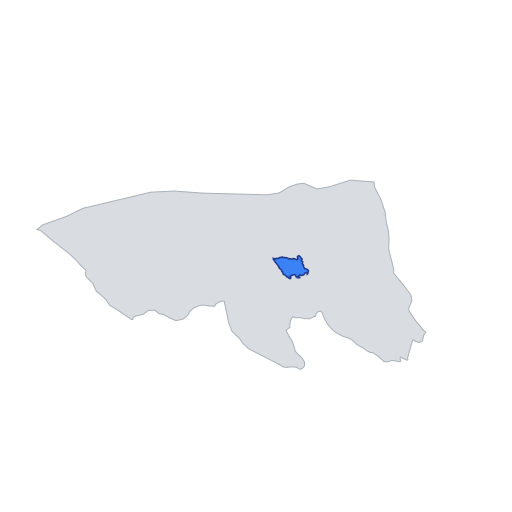 location of Yeallequelleh, Bong, Liberia, rotated 131°
{"feature_id": "62588387B10021882083615", "entity_name": "Yeallequelleh", "entity_type": "district", "adm_level": 2, "iso_a3": "LBR", "parent_name": "Liberia", "parent_adm1": "Bong", "projection": "equal_earth", "projection_center": [-9.69, 6.817], "detail": "fine", "context": "in_parent", "style": "filled", "palette": "blue", "viewbox_px": 512, "rotation_deg": 131, "n_neighbors": 0, "source": "geoboundaries", "source_scale": "gbopen_adm2", "svg_char_len": 4796}
<svg xmlns="http://www.w3.org/2000/svg" viewBox="0 0 512 512"><g transform="rotate(131 256 256)"><path d="M122.8,215.5L126.3,211.6L131.3,199.1L138.4,187.0L145.0,179.9L150.2,172.5L155.7,166.9L163.7,160.4L175.8,143.1L178.6,141.1L180.6,129.1L183.6,113.9L187.1,109.2L195.3,106.4L197.3,103.7L200.2,93.0L202.1,80.5L202.2,77.8L205.5,77.5L211.0,74.8L214.2,76.0L215.7,79.6L216.4,82.7L233.2,74.9L234.6,73.3L235.5,73.5L237.6,80.6L238.9,80.1L239.9,78.1L241.0,77.9L242.3,78.9L243.6,82.1L245.8,85.1L249.4,87.1L251.7,90.0L251.5,97.5L252.3,104.7L253.9,106.4L254.8,110.8L255.2,115.6L256.1,118.1L256.7,122.9L256.4,128.1L257.0,131.7L259.7,138.0L261.4,145.9L261.4,151.5L260.4,157.4L258.6,162.8L255.5,168.7L255.2,171.0L257.1,172.6L259.9,172.9L262.3,171.7L268.2,174.4L271.4,178.2L274.1,183.0L276.6,185.5L277.7,188.5L281.9,187.6L286.8,184.7L287.8,183.4L289.3,184.1L292.4,184.4L294.6,179.2L296.4,173.1L300.2,166.6L302.1,164.1L302.6,159.9L302.8,154.5L304.2,149.8L307.3,147.3L310.7,147.3L312.5,148.3L313.5,152.8L316.2,156.2L318.5,158.6L319.8,159.6L321.7,162.3L323.6,171.4L330.9,200.9L330.5,209.0L329.1,214.3L329.0,219.5L328.6,224.6L324.1,233.1L311.0,250.3L312.0,251.8L315.2,253.7L318.4,254.8L321.0,254.2L324.3,258.5L327.8,263.9L331.6,266.8L337.0,269.2L341.7,269.5L345.7,268.6L351.4,269.6L357.4,274.1L359.6,281.5L361.0,288.0L363.1,291.2L363.4,296.8L367.7,301.7L373.8,302.7L381.7,308.4L383.8,308.1L384.6,307.4L385.6,308.5L387.6,325.1L389.2,333.9L388.4,337.4L387.3,340.2L387.3,353.6L383.7,361.3L383.1,369.8L382.1,372.5L378.3,375.0L378.2,381.4L377.2,389.3L376.8,397.6L377.9,419.4L378.1,435.7L379.9,438.7L372.4,437.4L350.4,425.0L333.5,417.9L276.8,377.2L261.1,360.9L242.9,336.7L202.6,287.8L193.4,280.0L181.8,276.2L174.6,272.0L169.6,267.5L165.5,254.0L155.4,245.9L136.8,234.5L122.8,215.5Z" fill="#d9dde1" stroke="#a8b0b8" stroke-width="1"/><path d="M246.5,241.3L246.6,241.2L247.2,240.7L247.2,240.0L247.6,239.4L247.6,239.5L247.6,238.7L247.8,238.1L247.9,237.7L248.2,236.2L248.3,235.5L248.4,235.0L248.5,233.8L248.6,233.6L249.0,232.4L249.1,231.3L249.7,231.1L249.9,230.2L249.9,229.1L249.8,228.5L250.0,228.1L249.8,227.4L249.9,227.2L250.3,226.7L250.7,226.4L250.8,226.3L250.8,225.5L250.8,225.4L251.3,224.3L251.3,224.2L251.9,223.4L252.0,223.3L251.4,222.3L251.4,221.5L251.2,220.8L251.3,220.5L251.4,219.9L251.6,218.9L251.2,218.6L250.9,218.3L251.2,216.6L251.1,216.4L250.9,216.0L250.8,215.4L250.7,215.4L250.4,215.4L249.6,215.3L249.4,215.6L249.3,216.1L249.2,216.7L248.9,217.0L248.5,217.0L247.9,216.6L247.6,216.3L247.4,216.2L247.2,216.2L246.8,216.2L246.5,215.7L245.7,215.4L245.3,215.2L245.1,215.0L244.9,214.7L244.6,214.4L244.7,214.1L244.6,213.7L244.6,213.4L244.8,212.9L245.1,212.6L245.3,212.3L245.4,212.2L244.9,211.5L245.2,211.2L245.3,210.8L245.2,210.8L244.9,210.8L244.7,209.9L244.5,209.5L244.1,209.0L243.8,208.8L243.5,208.9L243.6,210.0L243.4,210.5L242.9,210.7L242.6,210.7L242.2,210.7L241.8,210.7L241.5,210.5L241.4,209.9L241.4,209.7L241.3,209.2L240.6,208.7L239.8,208.2L239.4,207.9L238.9,207.5L237.2,207.9L236.8,207.7L236.4,207.6L236.2,207.5L235.8,207.3L235.8,207.2L235.7,207.1L235.4,206.5L235.7,205.6L236.0,205.4L235.6,205.3L234.8,205.6L234.1,206.0L233.1,206.5L232.5,207.0L232.5,207.7L232.5,207.8L232.7,209.5L232.8,209.6L232.9,209.8L233.0,210.0L233.5,210.7L233.5,211.3L233.3,211.9L233.1,212.2L233.0,212.4L232.9,212.7L232.6,213.4L232.0,213.9L231.7,214.2L231.7,214.3L231.6,214.7L231.7,215.2L231.5,215.7L231.5,215.8L231.3,216.3L231.1,216.3L230.5,216.4L229.8,216.8L229.8,217.0L229.6,217.5L229.7,217.9L229.8,218.4L229.6,218.9L229.1,219.2L228.3,219.1L228.1,219.1L227.9,220.8L227.7,221.5L227.6,222.1L227.5,222.7L227.5,223.2L227.5,223.6L227.7,223.8L227.8,224.0L228.1,224.2L228.6,224.1L228.9,224.2L229.0,224.2L229.5,224.2L229.6,223.9L230.0,223.4L230.2,223.1L230.7,222.7L231.0,222.5L231.8,222.5L232.0,222.7L232.2,223.2L232.1,223.8L232.9,224.6L232.9,225.3L233.0,225.6L233.3,226.0L233.6,226.4L233.8,226.4L234.2,226.5L234.7,226.6L235.0,227.2L235.2,227.5L235.3,227.8L235.5,228.4L235.7,228.7L236.1,228.8L236.4,229.0L236.6,229.1L236.7,229.5L236.7,230.3L236.7,230.6L237.0,231.1L237.2,231.5L237.3,231.8L237.4,232.2L237.6,232.2L237.7,232.4L237.9,232.5L238.2,232.9L238.5,233.3L238.6,233.6L238.7,233.9L239.1,234.4L239.4,234.8L239.4,235.0L239.4,235.3L239.4,235.5L239.6,235.6L239.9,235.6L240.1,235.7L240.3,235.6L240.4,235.9L240.4,236.0L240.5,236.2L240.6,236.3L240.7,236.2L240.8,236.3L240.9,236.5L241.0,236.6L241.3,236.8L241.5,237.0L241.7,236.9L241.8,236.9L241.9,237.0L242.0,237.2L242.3,237.2L242.5,237.1L242.6,237.3L242.9,237.5L243.0,237.7L243.2,237.8L243.6,238.1L243.8,238.1L243.9,238.4L244.1,238.6L244.4,238.8L244.3,239.0L244.6,239.2L244.8,239.3L244.9,239.2L245.0,239.1L245.3,239.4L245.4,239.5L245.6,239.5L245.7,239.9L245.9,239.9L246.0,239.9L246.1,240.1L246.1,240.3L246.4,240.3L246.5,240.6L246.5,241.3Z" fill="#3b82f6" stroke="#1e3a8a" stroke-width="1.5"/></g></svg>